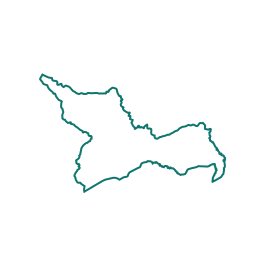 Mercedes, Ocotepeque, Honduras (Mercator projection), rotated 150°
{"feature_id": "27666195B36872574747509", "entity_name": "Mercedes", "entity_type": "district", "adm_level": 2, "iso_a3": "HND", "parent_name": "Honduras", "parent_adm1": "Ocotepeque", "projection": "mercator", "projection_center": [-89.033, 14.309], "detail": "fine", "context": "isolated", "style": "outline", "palette": "teal", "viewbox_px": 256, "rotation_deg": 150, "n_neighbors": 0, "source": "geoboundaries", "source_scale": "gbopen_adm2", "svg_char_len": 5773}
<svg xmlns="http://www.w3.org/2000/svg" viewBox="0 0 256 256"><g transform="rotate(150 128 128)"><path d="M197.6,94.7L176.7,94.9L173.4,94.6L165.3,92.1L163.5,90.9L162.2,89.3L161.2,87.5L156.8,87.5L155.5,87.2L153.3,86.4L152.3,86.5L150.4,88.1L148.7,88.8L139.1,88.4L137.6,88.1L136.9,88.3L136.0,88.9L135.7,89.4L134.1,90.4L132.6,90.5L130.5,89.9L129.0,89.2L128.5,89.3L127.8,89.5L127.3,89.4L126.6,88.6L125.7,88.4L124.3,86.8L124.4,84.9L122.6,85.1L122.1,84.5L121.4,84.0L121.0,84.0L120.8,84.4L120.5,84.3L119.7,82.0L119.1,81.3L119.1,80.8L118.9,80.6L118.5,80.7L118.4,80.5L118.5,80.2L119.0,80.3L119.3,80.1L119.4,79.5L119.2,79.3L118.7,79.3L118.4,78.7L117.7,78.3L117.6,77.9L117.9,77.4L117.8,77.2L117.0,76.8L116.5,76.1L116.2,76.2L116.0,76.6L115.6,76.7L114.9,76.5L114.1,76.1L113.1,75.2L112.8,74.4L112.8,73.9L113.5,73.8L113.5,73.4L112.7,73.0L112.4,72.3L112.1,72.0L111.7,72.1L111.5,72.7L111.1,72.7L110.8,72.4L110.5,71.4L109.2,70.6L108.2,67.9L108.3,66.8L107.7,66.1L108.0,65.0L107.4,64.5L107.7,63.8L107.1,63.1L105.9,61.0L105.0,61.0L103.2,60.0L101.3,59.6L97.1,62.2L96.7,62.2L92.8,61.3L89.1,60.1L87.4,59.8L86.2,59.8L78.2,54.7L77.3,54.7L76.3,54.4L75.4,54.7L72.8,54.3L72.2,54.2L71.6,53.7L71.0,53.5L70.9,53.2L71.0,52.9L71.7,52.2L71.8,51.8L71.6,51.1L72.0,50.6L72.2,50.0L72.3,49.6L71.9,49.1L71.9,48.7L72.1,48.5L72.6,48.4L72.8,48.1L72.7,47.7L72.3,47.4L72.4,47.1L74.6,45.9L74.7,45.7L74.6,45.3L74.8,45.1L76.3,44.8L76.6,44.1L77.8,43.6L78.3,43.1L79.0,42.8L80.2,41.5L80.4,40.6L80.9,40.3L81.1,39.8L81.5,39.7L81.6,39.2L79.7,39.0L71.6,39.0L70.3,39.9L68.5,40.5L67.4,41.6L66.7,42.7L65.9,43.3L65.7,44.2L65.3,44.5L65.0,45.3L64.0,45.6L62.9,47.0L61.4,50.5L61.8,51.5L61.6,52.1L61.2,52.5L60.8,52.5L60.5,52.4L60.3,51.8L59.9,51.8L59.7,52.1L59.6,53.0L58.9,53.7L59.2,54.5L59.0,55.6L59.1,56.5L59.4,56.8L60.2,57.1L60.6,57.8L60.6,58.2L60.0,58.7L60.0,59.1L60.4,59.4L61.3,59.3L61.7,59.8L61.6,60.4L61.0,61.2L61.5,63.7L61.1,64.3L61.3,64.6L62.0,64.6L62.2,64.9L62.0,65.3L61.3,65.3L61.1,65.7L61.2,66.5L61.7,67.7L61.8,68.5L61.5,70.9L61.7,72.1L61.4,72.8L61.5,73.1L62.2,73.5L62.3,74.7L63.0,75.4L63.1,75.8L63.0,76.6L62.4,77.5L62.4,77.8L62.7,78.2L62.7,78.5L62.4,78.8L61.5,79.0L60.8,79.6L60.7,80.0L60.9,80.7L60.8,81.3L60.1,82.6L59.9,83.4L59.6,83.6L58.9,83.5L58.3,83.8L58.0,84.1L57.9,84.6L57.2,85.0L56.9,85.6L57.0,85.9L57.7,86.4L59.3,86.4L61.7,88.7L61.4,89.5L60.5,90.7L59.9,91.7L60.6,95.0L61.5,95.1L62.7,96.1L63.4,96.3L64.2,96.1L66.2,95.2L67.1,95.1L68.1,95.8L69.1,97.6L69.7,98.2L70.6,98.6L71.6,98.6L72.5,98.9L73.9,100.3L74.6,100.5L77.2,100.6L80.5,101.8L83.5,101.9L86.5,101.1L88.3,101.6L92.0,101.5L93.9,101.7L95.4,101.5L96.2,101.8L96.8,102.3L100.0,102.8L102.9,103.7L103.9,103.6L104.7,104.2L107.8,104.0L109.1,104.9L109.6,105.6L109.6,106.3L109.3,107.4L108.8,108.0L108.7,108.2L109.5,108.9L110.3,110.0L110.6,110.7L110.7,111.3L110.1,112.7L108.8,114.5L108.5,115.5L108.8,116.0L109.3,116.6L110.8,117.3L111.3,118.2L110.6,119.9L109.8,120.9L109.8,121.3L110.9,121.4L113.4,120.9L113.8,120.6L114.1,120.1L114.4,120.0L116.1,122.3L117.2,122.3L118.1,123.0L118.3,123.3L118.2,123.7L117.4,124.2L117.5,124.5L118.2,124.7L119.9,123.8L122.2,123.7L122.5,123.9L122.4,124.2L121.9,124.4L121.8,124.7L122.3,126.0L122.6,127.3L122.4,129.2L122.4,130.7L122.1,131.1L121.0,131.5L120.0,132.6L121.7,134.7L120.0,137.1L120.3,137.6L121.1,137.8L121.3,138.3L120.5,139.1L119.2,140.0L118.9,140.4L119.2,140.8L120.0,140.8L120.5,141.2L122.6,145.0L122.8,146.2L122.7,147.2L122.4,147.8L121.7,147.9L121.6,148.1L122.7,149.8L122.9,150.8L122.4,152.2L121.2,152.8L120.7,153.4L120.6,153.9L120.8,154.8L120.5,155.3L120.0,155.5L119.1,155.2L118.8,155.3L118.6,155.6L118.6,156.1L119.0,157.5L118.8,158.1L118.5,158.7L118.4,159.2L118.7,159.5L119.5,159.9L119.6,160.9L119.5,163.8L118.6,166.8L118.5,167.8L120.1,169.7L121.4,170.7L125.5,170.2L125.8,169.9L126.3,169.3L126.8,169.1L127.3,169.2L127.8,170.0L128.5,170.1L129.0,169.8L129.5,169.1L130.1,169.0L131.1,169.8L132.7,170.5L134.1,171.5L135.8,172.2L137.4,173.9L142.5,176.5L145.1,178.4L146.6,178.3L147.4,178.5L149.4,179.7L150.6,181.3L151.4,181.6L153.1,181.8L153.8,182.2L155.3,184.1L156.0,185.9L157.2,187.7L158.0,192.0L158.5,193.3L160.6,195.8L161.3,195.9L163.0,195.6L163.4,195.7L164.0,197.8L164.0,198.4L163.6,199.3L163.7,199.6L164.3,199.8L166.5,200.1L167.3,200.6L167.4,201.4L166.3,202.9L166.2,203.6L166.7,204.5L168.7,206.1L169.4,206.8L169.5,207.6L168.9,209.1L169.0,209.5L170.7,210.7L171.6,211.5L174.9,216.2L175.4,217.0L179.3,214.7L179.7,214.3L179.7,213.7L179.2,210.6L179.3,208.9L179.0,208.1L176.5,205.3L176.9,203.4L176.9,202.0L176.5,199.9L175.4,197.0L175.4,195.1L175.3,194.9L174.3,194.6L174.0,194.1L174.5,191.1L174.0,187.4L173.7,186.6L172.3,184.7L172.1,184.1L172.4,183.7L173.5,182.7L175.4,179.7L175.5,178.9L175.2,176.9L175.7,176.0L176.0,174.3L176.5,173.7L178.0,172.5L178.8,171.6L179.3,170.2L179.9,169.5L179.9,168.7L179.5,167.6L178.4,166.5L178.5,165.4L178.1,163.9L177.5,162.5L176.9,162.1L175.2,161.8L174.8,161.5L174.8,161.2L175.4,160.4L175.3,160.1L173.7,158.6L173.1,157.9L172.8,156.1L171.6,153.7L170.5,150.6L168.9,148.1L168.9,147.7L169.3,146.8L169.0,146.5L168.4,146.6L167.8,146.4L166.4,145.4L165.7,144.0L165.1,143.3L165.7,141.6L165.7,140.9L165.4,140.4L164.0,139.5L163.8,138.9L164.3,138.3L164.3,137.9L164.9,137.0L165.4,137.2L165.8,137.1L167.4,135.6L167.8,135.6L168.8,136.0L170.4,135.5L171.5,135.8L172.8,135.8L175.4,135.3L176.7,134.8L178.8,133.5L179.9,131.9L180.9,131.1L181.1,130.6L181.9,130.0L182.6,128.9L184.0,128.5L184.2,127.7L185.0,126.7L186.7,126.1L188.8,126.0L189.2,125.8L189.5,124.7L190.1,123.8L190.2,123.2L189.5,121.7L188.6,121.4L188.5,120.6L188.6,120.1L188.9,119.7L190.0,119.4L190.0,119.0L189.7,117.9L189.8,117.6L190.6,117.1L192.9,116.9L193.6,116.3L195.7,115.4L198.0,113.8L198.4,113.3L198.3,111.6L199.1,109.3L199.0,106.3L198.4,105.4L197.0,104.7L196.7,104.4L196.3,102.6L194.7,99.4L197.1,96.3L197.6,94.7Z" fill="none" stroke="#0f766e" stroke-width="2"/></g></svg>